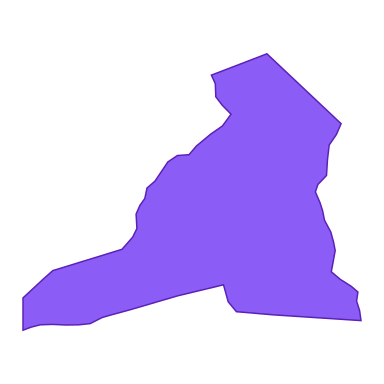 outline of Camocim de São Félix, Pernambuco, Brazil
{"feature_id": "56859067B97810771102376", "entity_name": "Camocim de São Félix", "entity_type": "district", "adm_level": 2, "iso_a3": "BRA", "parent_name": "Brazil", "parent_adm1": "Pernambuco", "projection": "orthographic", "projection_center": [-35.778, -8.341], "detail": "fine", "context": "isolated", "style": "filled", "palette": "violet", "viewbox_px": 384, "rotation_deg": 0, "n_neighbors": 0, "source": "geoboundaries", "source_scale": "gbopen_adm2", "svg_char_len": 860}
<svg xmlns="http://www.w3.org/2000/svg" viewBox="0 0 384 384"><path d="M23.0,297.9L23.0,330.2L30.9,327.2L40.3,324.8L52.3,324.4L66.1,325.0L79.0,324.8L90.2,323.6L102.2,317.5L111.6,314.8L128.9,310.1L177.8,295.8L223.5,284.8L228.2,301.8L236.4,311.7L272.7,314.8L361.0,320.6L359.6,310.6L356.6,301.1L357.9,292.0L351.1,286.2L340.2,279.3L331.3,271.8L333.3,261.0L335.2,250.6L333.5,241.8L330.8,232.0L324.5,220.2L322.6,210.7L320.1,202.9L315.4,191.9L317.9,184.5L326.5,175.5L327.5,159.4L329.2,145.0L336.4,134.5L341.1,123.7L266.9,53.8L211.4,75.1L215.3,83.7L215.8,96.8L222.1,105.1L231.0,114.2L222.5,125.9L210.6,134.2L196.4,146.0L189.0,154.7L177.4,155.5L167.9,161.9L161.5,171.4L155.0,181.1L147.0,188.0L144.8,198.5L139.9,205.4L136.1,214.1L136.9,228.5L132.7,237.1L122.0,249.3L52.8,270.6L43.0,279.3L31.2,290.3L23.0,297.9Z" fill="#8b5cf6" stroke="#5b21b6" stroke-width="1.5"/></svg>